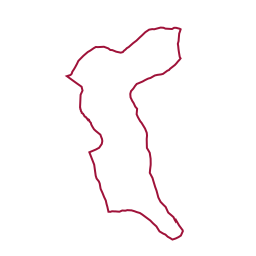 Yorro, Taraba, Nigeria (Equal Earth projection), rotated 7°
{"feature_id": "59680162B40051654285197", "entity_name": "Yorro", "entity_type": "district", "adm_level": 2, "iso_a3": "NGA", "parent_name": "Nigeria", "parent_adm1": "Taraba", "projection": "equal_earth", "projection_center": [11.57, 8.882], "detail": "fine", "context": "isolated", "style": "outline", "palette": "rose", "viewbox_px": 256, "rotation_deg": 7, "n_neighbors": 0, "source": "geoboundaries", "source_scale": "gbopen_adm2", "svg_char_len": 2654}
<svg xmlns="http://www.w3.org/2000/svg" viewBox="0 0 256 256"><g transform="rotate(7 128 128)"><path d="M92.6,156.8L98.9,168.5L100.7,175.3L101.8,179.4L103.0,182.0L105.6,184.6L106.7,186.6L108.1,191.3L108.4,192.0L110.5,195.4L112.7,199.4L114.8,202.7L116.0,206.1L117.1,208.7L118.8,213.5L120.8,213.3L122.3,212.6L123.8,212.5L125.8,212.3L128.3,212.2L129.8,212.1L132.3,210.6L135.4,210.4L137.4,209.6L139.4,209.5L141.4,209.3L144.5,209.8L147.0,210.4L150.1,210.9L152.6,212.1L161.4,217.1L164.5,219.6L168.2,222.2L170.8,225.5L171.9,226.8L174.4,227.9L176.0,228.6L178.1,229.2L180.7,231.1L183.2,232.1L185.7,233.3L188.7,231.9L191.5,230.1L193.6,228.3L195.0,223.7L194.8,223.2L194.7,222.8L190.6,218.5L188.2,215.3L186.9,213.6L186.6,214.8L185.6,213.5L184.0,210.9L181.5,209.2L178.3,207.1L177.8,206.4L175.0,201.8L172.5,199.9L169.3,197.3L166.6,193.3L165.0,189.3L163.9,186.6L162.2,183.3L159.5,177.2L158.4,174.6L155.1,169.9L155.0,166.5L155.0,162.0L154.8,160.1L154.2,155.8L152.6,150.0L151.3,148.2L149.2,145.5L148.6,141.4L147.9,136.6L147.8,133.2L147.2,130.5L145.0,126.5L142.4,123.2L140.8,121.2L139.3,119.8L136.5,116.0L134.9,113.3L134.8,110.5L134.7,107.8L132.6,105.9L130.5,102.5L128.9,100.6L126.8,97.3L126.1,93.9L126.5,91.1L128.5,88.2L129.9,85.4L131.3,83.2L132.8,82.4L136.8,80.1L138.8,78.6L141.2,77.0L142.2,76.4L144.2,75.6L146.2,74.1L148.2,72.6L150.7,71.7L154.2,70.8L155.0,70.5L156.2,70.0L158.1,68.2L159.6,66.8L160.1,66.3L161.6,65.5L162.5,64.1L164.0,62.6L166.9,59.7L168.4,57.6L169.3,56.1L170.8,54.0L171.7,52.5L170.7,51.2L170.1,49.2L169.5,47.2L168.9,45.1L168.4,43.1L167.8,40.4L167.2,38.4L167.6,35.6L167.5,33.5L167.4,30.8L167.3,28.0L167.8,25.9L168.2,23.6L167.2,23.2L163.6,22.7L161.6,22.9L159.6,24.4L156.1,24.6L153.0,24.8L151.4,24.3L151.0,24.2L149.0,24.3L148.0,24.4L142.0,26.8L140.0,26.9L137.0,27.8L133.5,30.8L130.6,34.4L128.7,36.6L125.8,40.2L122.8,43.1L120.3,45.9L118.9,47.5L117.0,49.0L116.0,50.4L114.5,51.9L113.6,53.3L111.6,54.1L107.0,53.7L103.7,52.8L102.9,52.6L100.9,52.7L98.8,51.4L94.2,50.3L88.2,51.4L86.2,51.5L84.2,53.0L81.2,55.7L78.8,57.5L76.8,59.7L74.9,61.8L71.5,66.2L70.5,67.6L69.6,70.4L68.2,74.0L67.3,76.1L65.9,78.9L65.5,81.0L64.5,82.4L62.5,83.3L61.0,84.0L71.5,89.8L76.9,92.7L78.3,96.4L76.9,100.8L77.9,113.4L78.2,113.9L78.3,114.9L78.7,115.2L78.9,115.8L79.2,116.9L79.7,117.4L80.1,117.9L80.2,118.6L81.0,119.0L81.7,119.3L82.1,120.0L82.5,120.3L82.9,120.9L83.2,121.4L83.6,121.9L84.3,122.0L85.3,122.7L85.7,123.3L86.2,123.6L86.8,123.8L86.7,124.3L87.6,125.2L88.4,124.8L89.1,126.2L90.5,127.4L91.1,129.0L92.5,131.0L94.4,133.4L96.3,134.8L101.4,138.0L102.4,140.0L103.5,142.0L104.1,144.1L103.9,147.0L101.8,151.1L98.7,153.3L92.6,156.8Z" fill="none" stroke="#9f1239" stroke-width="2"/></g></svg>